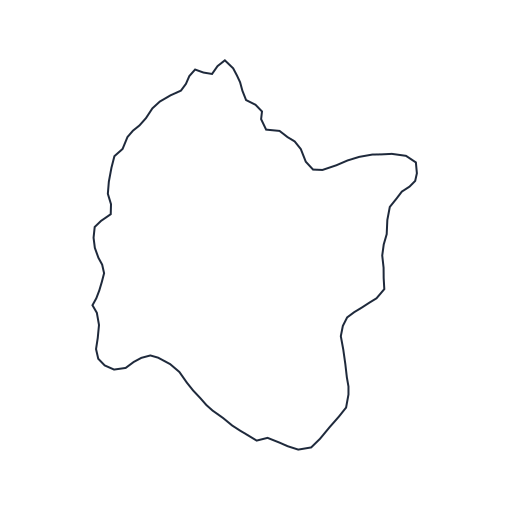 Naque, Minas Gerais, Brazil, rotated 80°
{"feature_id": "56859067B48718668188902", "entity_name": "Naque", "entity_type": "district", "adm_level": 2, "iso_a3": "BRA", "parent_name": "Brazil", "parent_adm1": "Minas Gerais", "projection": "albers", "projection_center": [-42.328, -19.176], "detail": "fine", "context": "isolated", "style": "outline", "palette": "slate", "viewbox_px": 512, "rotation_deg": 80, "n_neighbors": 0, "source": "geoboundaries", "source_scale": "gbopen_adm2", "svg_char_len": 1537}
<svg xmlns="http://www.w3.org/2000/svg" viewBox="0 0 512 512"><g transform="rotate(80 256 256)"><path d="M169.0,391.1L179.8,389.8L189.6,391.8L194.5,402.5L199.4,409.8L209.8,412.8L220.0,413.3L230.4,411.5L237.8,409.0L246.6,408.6L254.7,412.3L262.7,416.3L269.9,420.6L276.1,425.6L284.3,422.6L296.7,422.6L309.3,426.1L319.9,429.7L329.8,429.2L337.5,424.0L343.2,415.5L343.6,403.8L339.1,394.8L336.4,386.6L335.6,377.3L339.1,370.1L347.6,359.3L356.9,351.6L368.7,346.1L377.5,341.3L386.5,335.4L394.1,330.8L400.7,325.6L409.8,316.6L418.8,308.9L425.3,301.9L432.2,293.9L437.9,287.4L437.1,276.2L443.9,265.2L448.8,257.9L454.0,248.0L454.1,234.9L447.2,224.8L437.4,213.3L428.6,202.3L420.9,193.6L408.5,189.0L400.6,187.6L391.3,187.6L378.0,186.8L363.4,186.3L349.7,186.4L339.9,182.6L332.3,176.9L328.3,168.9L325.1,160.6L321.5,152.1L318.6,144.7L310.9,135.4L299.9,134.1L289.8,132.4L277.4,131.6L266.8,128.2L257.2,123.5L243.3,120.4L230.9,115.7L223.9,107.7L217.9,101.2L214.3,92.7L209.7,86.2L202.5,83.2L191.6,82.3L183.4,90.9L179.0,104.5L177.7,114.9L176.3,123.9L176.3,137.2L177.8,149.2L180.6,161.1L182.8,175.6L180.8,184.8L171.8,190.6L158.5,193.3L149.9,198.0L144.4,204.3L136.9,211.1L133.3,224.1L122.1,227.2L114.7,225.0L107.0,230.2L100.7,238.7L90.9,240.7L82.1,241.5L75.0,243.4L67.2,245.9L57.9,252.7L62.3,260.9L69.1,267.7L66.2,275.9L61.8,283.6L67.2,290.4L74.3,295.1L80.1,301.2L82.9,312.2L87.2,323.9L92.6,332.4L101.1,340.4L107.2,348.1L111.2,355.4L116.5,361.9L127.4,368.8L133.1,378.1L143.9,383.0L157.2,388.0L169.0,391.1Z" fill="none" stroke="#1e293b" stroke-width="2"/></g></svg>